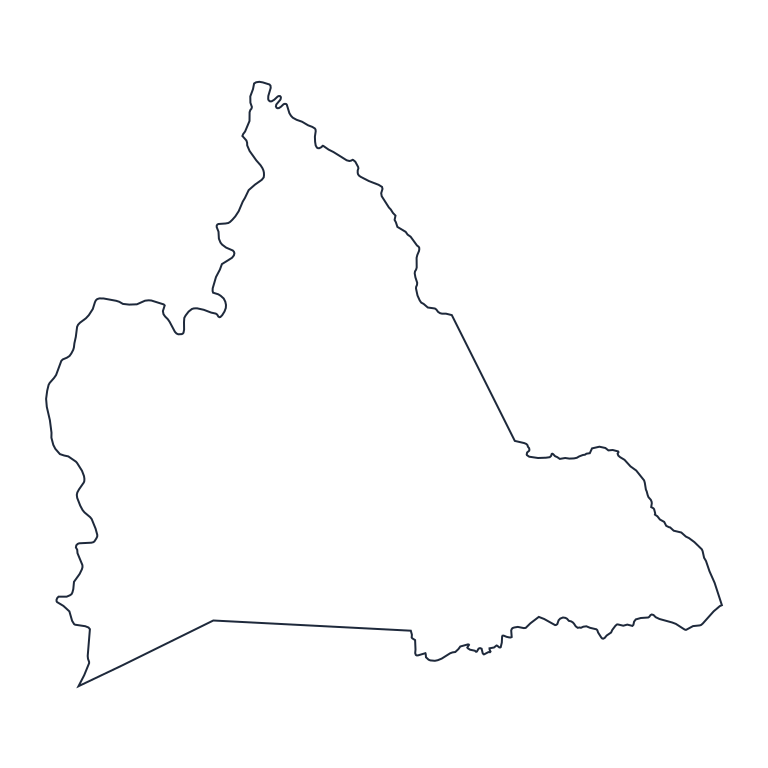 outline of Alauca, El Paraíso, Honduras
{"feature_id": "27666195B40096098220117", "entity_name": "Alauca", "entity_type": "district", "adm_level": 2, "iso_a3": "HND", "parent_name": "Honduras", "parent_adm1": "El Paraíso", "projection": "orthographic", "projection_center": [-86.676, 13.853], "detail": "fine", "context": "isolated", "style": "outline", "palette": "slate", "viewbox_px": 768, "rotation_deg": 0, "n_neighbors": 0, "source": "geoboundaries", "source_scale": "gbopen_adm2", "svg_char_len": 6016}
<svg xmlns="http://www.w3.org/2000/svg" viewBox="0 0 768 768"><path d="M77.1,326.8L75.8,336.9L74.4,343.3L73.9,347.5L73.2,349.9L71.3,353.5L69.5,356.0L66.9,357.7L62.8,359.4L61.3,360.9L56.1,375.0L54.0,378.0L49.7,382.9L48.6,384.9L47.2,390.7L46.1,398.9L46.8,406.9L49.9,420.3L51.5,432.7L51.4,437.7L53.3,444.9L55.3,448.8L59.9,454.1L64.1,455.5L68.3,456.4L76.0,461.7L77.1,463.0L82.0,470.8L84.0,476.1L84.4,478.8L84.3,481.1L83.8,482.5L79.0,489.4L77.3,492.5L76.8,494.9L77.2,497.9L80.2,505.6L82.6,510.1L84.5,512.4L90.2,517.2L91.7,519.1L95.6,528.7L97.3,535.0L97.2,536.6L96.3,538.5L94.4,541.4L93.3,542.2L91.3,542.7L79.2,543.3L77.7,543.9L76.3,545.3L75.9,547.5L77.2,549.7L77.5,553.2L82.4,565.1L82.5,567.1L81.9,569.3L79.6,574.0L74.0,581.8L73.3,589.1L72.4,592.5L71.5,594.2L69.9,595.3L66.6,596.7L58.5,596.7L57.2,598.1L56.5,599.9L56.6,601.3L57.1,602.1L63.4,605.9L69.4,611.4L72.1,620.8L74.1,624.1L75.1,624.7L85.2,626.2L88.5,627.5L89.9,629.2L87.7,656.0L88.0,658.8L89.1,661.9L89.1,663.2L84.2,675.2L78.5,686.2L122.6,665.2L213.3,620.5L410.8,630.7L411.9,634.7L411.7,637.6L412.4,638.4L415.1,640.1L415.5,649.5L415.2,653.1L415.8,654.9L416.6,655.4L417.9,655.4L425.4,653.2L425.7,654.0L426.0,657.3L428.6,659.7L430.3,660.4L434.9,660.8L437.8,660.2L441.7,658.6L450.1,653.3L452.5,652.4L455.3,652.0L458.4,649.1L460.3,646.5L467.9,644.4L468.7,644.5L469.0,644.9L467.3,647.5L467.7,648.2L470.0,649.7L474.8,650.7L476.1,651.8L476.9,651.5L478.6,648.6L480.0,648.1L481.6,648.7L482.7,653.2L483.6,654.3L484.2,654.3L488.4,652.1L490.0,652.2L490.5,651.6L489.6,649.6L489.5,648.3L494.0,647.5L496.5,645.5L497.2,645.7L499.3,647.4L500.1,647.5L500.7,647.2L501.8,642.6L502.1,636.7L502.5,635.7L503.6,635.6L506.5,636.8L509.1,637.4L510.7,637.5L511.7,637.0L511.2,630.5L511.7,629.1L512.5,628.1L514.2,627.5L517.8,626.9L523.8,628.1L525.7,627.9L530.4,623.3L538.8,616.9L544.2,619.0L555.1,625.1L556.2,624.9L557.3,624.1L558.6,620.3L560.2,618.6L563.0,617.5L565.5,617.9L567.1,618.8L568.8,620.8L571.2,621.4L572.8,622.4L574.0,623.7L575.7,626.3L577.7,627.8L579.7,627.5L580.9,627.8L583.3,626.7L586.4,626.3L590.0,627.8L596.4,629.3L597.3,630.2L598.1,632.5L601.2,637.4L602.1,638.4L603.1,638.7L604.6,638.0L606.7,635.5L611.1,632.5L612.3,629.9L615.4,625.8L616.9,624.5L617.7,624.4L623.3,625.7L627.3,624.6L632.4,625.9L633.4,624.8L634.1,621.6L635.8,619.4L640.8,618.0L648.2,617.5L649.3,616.8L650.5,615.1L651.7,614.5L653.5,615.0L655.7,617.2L659.5,619.0L672.2,622.5L675.9,623.9L684.1,629.2L685.3,629.8L686.2,629.8L693.0,626.1L699.8,625.4L701.2,624.9L702.8,623.5L713.7,611.3L719.8,606.1L721.9,605.2L714.6,582.8L709.5,571.3L706.0,561.0L704.1,557.8L702.6,551.1L701.8,549.3L694.4,542.1L689.0,538.1L685.9,536.6L681.3,532.5L673.7,530.7L670.1,527.4L669.0,527.2L666.2,525.8L664.2,521.9L659.9,519.5L657.4,516.3L654.9,514.6L655.2,513.4L654.1,509.2L653.4,508.3L651.2,507.1L651.8,503.3L651.6,501.7L650.8,499.8L648.5,497.2L647.7,495.2L646.7,491.4L645.9,489.6L644.8,482.8L644.1,480.4L636.2,470.5L630.5,466.4L624.5,459.8L620.0,457.1L618.3,455.6L617.6,453.7L618.5,452.1L618.1,451.4L612.7,450.0L608.4,450.4L605.4,448.0L599.4,446.7L592.0,448.4L589.8,453.2L586.4,453.7L585.0,454.7L582.9,455.0L579.2,456.4L576.8,457.8L574.0,458.4L569.4,458.6L565.2,458.0L559.8,458.9L557.2,457.1L555.1,456.2L553.1,454.1L552.2,453.7L551.7,454.0L551.1,455.9L549.7,457.2L546.0,457.7L538.0,458.0L529.2,456.7L526.9,455.1L526.7,454.5L527.1,452.5L529.2,450.7L529.4,449.8L529.1,448.2L527.9,446.7L527.5,445.2L526.4,444.0L524.3,443.1L514.8,440.9L451.8,315.1L446.1,313.7L442.2,313.7L440.1,313.2L438.1,311.9L436.3,309.5L434.9,308.5L427.8,307.5L423.6,303.9L421.2,302.6L419.7,300.4L417.5,295.5L416.0,288.5L416.1,287.0L417.0,284.9L417.2,282.8L415.4,277.3L414.7,273.3L415.0,271.4L416.1,269.6L416.7,267.5L416.6,257.8L417.3,255.0L419.0,251.0L419.3,249.2L419.2,247.7L418.6,246.7L417.0,245.5L410.6,236.7L407.6,234.6L405.7,231.9L397.4,226.9L395.9,222.3L394.6,219.9L395.5,215.6L393.0,213.0L390.7,209.4L388.9,207.5L381.7,196.2L381.2,193.2L382.5,188.9L382.0,186.9L378.6,184.8L369.0,181.1L361.0,177.0L359.2,175.8L358.1,174.4L357.7,172.9L357.7,170.5L358.4,168.3L358.1,166.9L355.3,161.7L353.2,160.0L352.6,159.8L351.2,160.6L349.4,161.0L346.7,160.3L333.4,152.0L328.6,149.6L323.3,145.9L322.6,145.8L321.5,147.1L319.3,148.2L318.0,148.2L316.9,147.6L315.7,145.5L315.1,141.8L314.9,136.7L315.7,131.2L315.5,129.5L314.9,128.5L312.3,126.9L308.1,125.3L302.0,121.7L296.6,119.8L292.8,117.7L291.0,115.8L289.4,113.2L286.8,104.7L286.3,104.1L285.0,103.8L283.6,104.2L281.0,106.7L278.9,108.1L277.5,108.2L276.6,107.8L275.9,106.5L276.3,104.5L280.2,99.9L280.7,98.9L280.9,97.2L280.2,96.2L279.0,96.0L277.7,96.5L274.3,99.7L271.7,101.3L270.1,101.4L268.7,100.4L268.2,99.1L268.3,96.0L270.7,87.9L270.5,85.7L269.5,84.5L262.8,82.4L259.3,81.8L256.1,82.3L254.1,83.5L253.0,89.1L250.3,96.4L250.4,102.7L251.9,107.0L251.5,108.6L250.3,110.1L249.6,112.2L249.5,121.0L245.1,131.5L243.2,134.0L242.4,136.0L246.4,140.5L247.1,142.7L247.2,145.4L249.6,151.0L256.3,160.4L260.6,165.3L262.4,168.1L263.4,170.4L263.9,172.6L264.0,175.1L263.7,177.4L261.8,179.8L255.0,184.6L248.7,190.1L244.9,198.0L242.8,201.5L238.7,211.2L235.3,216.4L232.3,219.8L230.1,221.9L228.3,223.0L225.5,223.5L218.4,224.0L217.3,224.6L216.7,225.7L216.7,227.1L218.5,231.7L218.9,238.7L220.5,242.6L222.1,244.6L226.1,247.6L232.8,250.5L233.9,251.7L234.4,253.2L233.9,255.4L232.0,257.8L221.9,264.1L219.9,269.6L216.0,277.0L212.7,288.3L212.6,291.0L213.1,292.7L218.3,294.3L220.7,295.8L223.7,298.5L225.3,301.7L226.0,305.0L225.8,308.0L224.5,311.5L222.2,315.2L220.4,317.0L219.4,317.2L218.3,316.5L217.2,314.6L215.8,313.6L211.2,312.6L203.8,309.8L197.0,308.3L193.9,308.4L191.9,309.0L188.6,311.6L185.6,315.5L184.3,317.9L184.0,322.1L184.1,329.6L183.5,332.7L182.9,333.5L181.8,334.1L178.3,334.3L176.5,333.5L174.9,331.8L169.6,321.8L167.8,319.2L165.1,316.5L163.5,314.2L162.9,311.1L164.7,305.4L163.7,304.4L151.3,300.5L148.6,300.3L145.0,300.7L136.9,304.3L129.2,304.6L122.9,303.9L119.3,301.8L116.2,300.8L103.7,298.5L99.4,298.4L97.2,299.1L95.8,300.4L94.9,302.3L92.8,309.0L88.8,315.2L85.9,318.3L80.0,322.7L78.1,324.7L77.1,326.8Z" fill="none" stroke="#1e293b" stroke-width="2"/></svg>